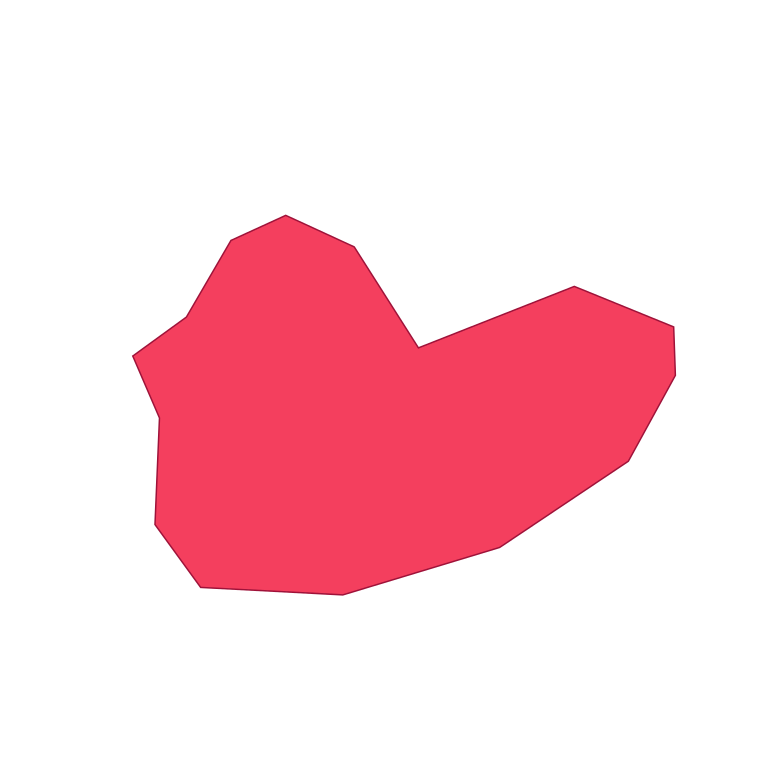 outline of Marsa, rotated 54°
{"feature_id": "MLT-5957", "entity_name": "Marsa", "entity_type": "state/province", "adm_level": 1, "iso_a3": "MLT", "parent_name": "Malta", "parent_adm1": "", "projection": "albers", "projection_center": [14.49, 35.874], "detail": "fine", "context": "isolated", "style": "filled", "palette": "rose", "viewbox_px": 768, "rotation_deg": 54, "n_neighbors": 0, "source": "natural_earth", "source_scale": "10m", "svg_char_len": 362}
<svg xmlns="http://www.w3.org/2000/svg" viewBox="0 0 768 768"><g transform="rotate(54 384 384)"><path d="M177.9,423.4L189.8,364.4L255.6,327.5L375.0,334.9L416.9,172.7L508.1,116.1L548.3,143.2L590.1,231.7L584.2,386.5L530.4,541.3L440.8,651.9L363.1,651.9L279.5,585.6L213.7,570.8L213.7,504.5L177.9,423.4Z" fill="#f43f5e" stroke="#9f1239" stroke-width="1.5"/></g></svg>